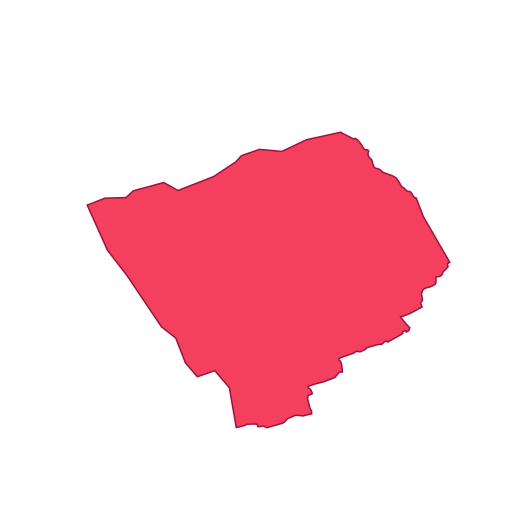 outline of Hampshire, West Virginia, United States of America, rotated 34°
{"feature_id": "52423323B8866433924767", "entity_name": "Hampshire", "entity_type": "district", "adm_level": 2, "iso_a3": "USA", "parent_name": "United States of America", "parent_adm1": "West Virginia", "projection": "mercator", "projection_center": [-78.488, 39.314], "detail": "fine", "context": "isolated", "style": "filled", "palette": "rose", "viewbox_px": 512, "rotation_deg": 34, "n_neighbors": 0, "source": "geoboundaries", "source_scale": "gbopen_adm2", "svg_char_len": 2088}
<svg xmlns="http://www.w3.org/2000/svg" viewBox="0 0 512 512"><g transform="rotate(34 256 256)"><path d="M257.1,105.9L232.8,131.4L219.0,154.8L199.2,165.7L187.8,181.0L186.6,189.3L176.5,213.7L154.7,245.3L138.4,246.7L117.8,270.6L115.6,280.2L98.4,292.5L87.6,308.2L129.7,334.3L159.9,344.3L217.3,367.6L235.4,368.9L257.3,384.1L274.9,388.9L286.0,374.1L307.6,380.1L335.5,409.2L337.5,407.3L341.9,402.1L342.3,400.8L348.1,396.5L351.1,394.8L351.7,395.1L352.7,396.4L353.9,395.9L355.4,394.6L355.8,393.9L357.3,392.7L360.9,392.4L371.6,379.7L372.5,377.5L373.1,373.2L378.0,365.7L385.0,361.9L385.7,360.8L390.4,355.7L388.7,353.4L386.1,352.2L378.5,345.4L377.3,342.3L379.6,339.0L379.3,338.2L376.1,336.2L373.1,335.9L372.0,335.0L372.9,333.8L375.5,330.5L376.0,329.8L376.7,328.9L377.7,327.8L379.8,325.5L382.9,321.8L389.4,312.5L389.7,307.9L390.1,305.7L392.5,303.9L392.5,303.7L387.6,298.0L384.7,295.9L383.9,296.1L382.6,295.6L382.1,294.7L384.9,290.3L390.9,282.5L391.4,281.6L391.2,281.3L393.0,278.5L395.8,277.4L398.2,273.6L399.1,271.6L399.1,270.3L399.8,269.3L405.6,262.3L407.3,260.6L409.6,258.9L410.9,254.0L412.6,253.6L413.4,253.7L413.9,252.6L420.6,239.2L421.0,237.9L419.9,236.8L420.0,236.3L422.0,234.1L422.6,234.0L423.2,234.9L424.3,232.8L424.4,231.9L423.6,229.5L419.3,228.6L412.2,226.5L409.8,225.5L412.0,223.1L416.1,217.1L422.2,205.4L418.6,202.7L418.9,199.7L414.5,195.0L413.4,191.7L413.7,189.3L415.1,187.0L418.0,183.8L419.5,181.2L420.4,179.0L419.7,176.8L416.9,172.8L419.8,170.2L420.4,168.8L420.7,166.8L420.0,165.4L420.2,163.4L420.8,161.4L421.2,157.4L418.9,155.5L420.2,152.9L372.6,129.7L356.3,118.3L354.9,118.8L353.4,118.7L349.9,116.9L348.2,116.5L347.3,116.6L345.2,117.7L340.3,116.9L338.1,117.1L332.6,114.4L328.6,112.9L325.1,113.0L315.3,115.5L313.4,115.7L312.1,115.2L309.8,115.1L305.1,116.5L304.6,116.4L304.1,116.2L301.6,114.5L298.3,111.6L294.0,110.7L293.9,110.6L292.1,109.2L291.4,108.1L290.9,106.3L290.5,105.8L289.5,105.6L288.5,105.9L287.0,107.0L284.2,106.4L283.6,105.9L279.6,104.2L275.1,102.8L272.2,103.1L272.1,104.0L271.0,104.5L257.8,106.1L257.1,105.9Z" fill="#f43f5e" stroke="#9f1239" stroke-width="1.5"/></g></svg>